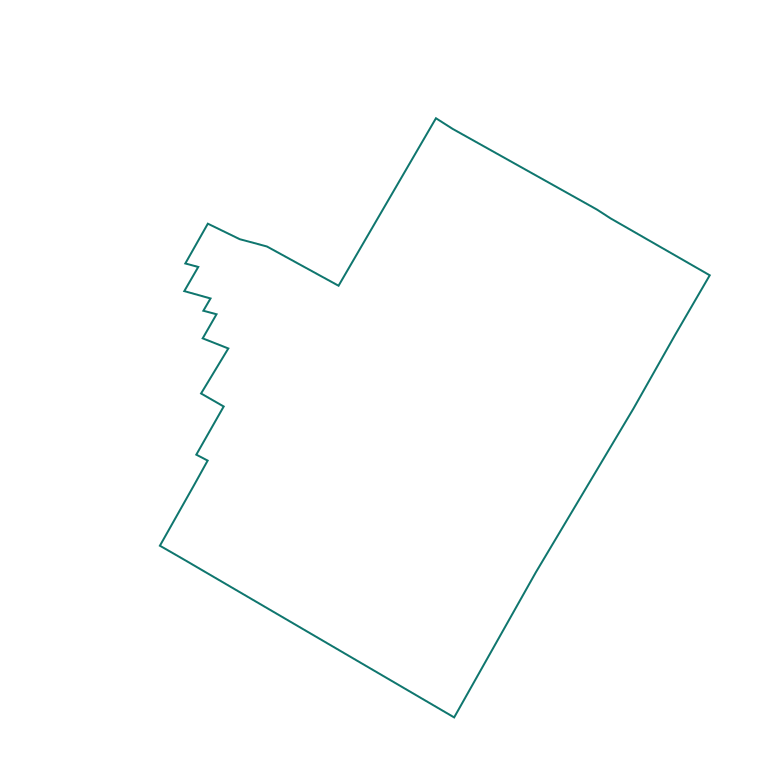 Shannon, Missouri, United States of America (Equal Earth projection), rotated 209°
{"feature_id": "52423323B94843923052061", "entity_name": "Shannon", "entity_type": "district", "adm_level": 2, "iso_a3": "USA", "parent_name": "United States of America", "parent_adm1": "Missouri", "projection": "equal_earth", "projection_center": [-91.258, 37.153], "detail": "fine", "context": "isolated", "style": "outline", "palette": "teal", "viewbox_px": 768, "rotation_deg": 209, "n_neighbors": 0, "source": "geoboundaries", "source_scale": "gbopen_adm2", "svg_char_len": 514}
<svg xmlns="http://www.w3.org/2000/svg" viewBox="0 0 768 768"><g transform="rotate(209 384 384)"><path d="M153.9,483.6L153.2,568.1L151.8,637.0L266.3,638.7L282.3,639.8L447.6,640.4L467.4,641.6L471.4,447.9L553.1,447.5L580.4,440.7L615.8,438.8L616.2,393.1L603.2,396.3L603.7,368.4L577.2,374.7L577.5,360.5L564.3,363.8L564.7,336.0L537.4,339.6L539.4,287.0L513.3,286.6L513.9,231.2L501.1,231.5L501.1,203.7L501.6,133.9L475.2,133.5L161.0,126.4L159.9,292.9L153.9,483.6Z" fill="none" stroke="#0f766e" stroke-width="2"/></g></svg>